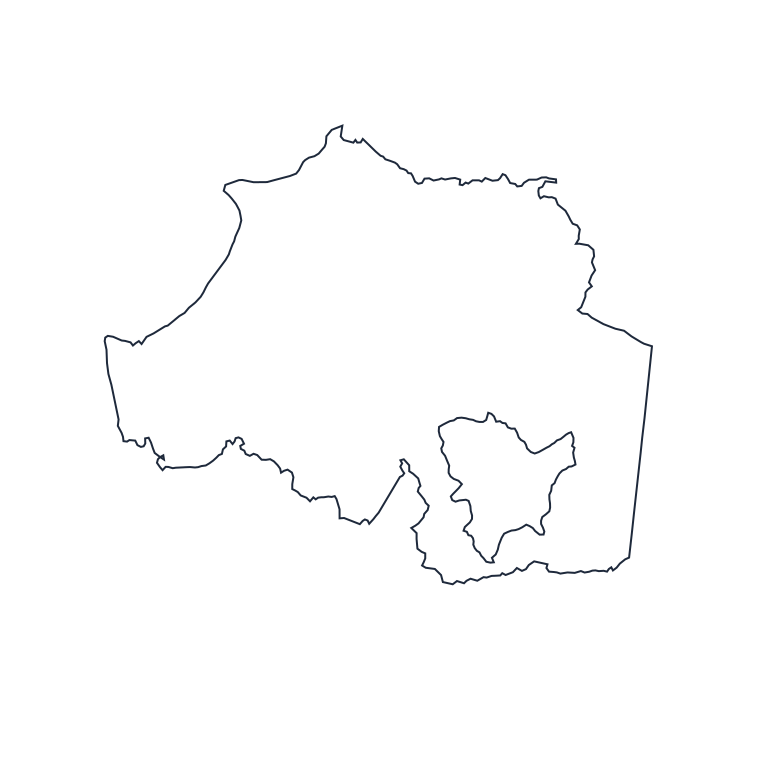 Pelotas, Rio Grande do Sul, Brazil, rotated 159°
{"feature_id": "56859067B94583558960101", "entity_name": "Pelotas", "entity_type": "district", "adm_level": 2, "iso_a3": "BRA", "parent_name": "Brazil", "parent_adm1": "Rio Grande do Sul", "projection": "natural_earth1", "projection_center": [-52.336, -31.561], "detail": "fine", "context": "isolated", "style": "outline", "palette": "slate", "viewbox_px": 768, "rotation_deg": 159, "n_neighbors": 0, "source": "geoboundaries", "source_scale": "gbopen_adm2", "svg_char_len": 6108}
<svg xmlns="http://www.w3.org/2000/svg" viewBox="0 0 768 768"><g transform="rotate(159 384 384)"><path d="M120.3,323.2L126.8,328.4L129.0,330.9L133.9,337.2L135.9,339.8L140.8,347.7L148.2,352.7L157.7,361.3L166.3,371.5L168.9,376.4L173.6,378.7L176.6,383.6L172.4,385.0L164.7,393.3L163.1,397.3L160.0,399.2L155.0,400.7L156.2,405.4L151.3,410.9L146.1,414.6L146.3,423.0L144.6,425.6L142.1,427.9L140.4,434.2L143.6,440.3L151.4,445.0L154.6,446.1L150.2,449.5L149.1,452.6L145.8,458.1L146.8,462.9L150.4,466.0L151.2,470.5L151.5,474.3L152.5,480.7L157.4,489.2L157.4,495.6L160.4,498.3L163.3,499.2L167.4,502.0L171.4,501.3L171.9,504.5L170.8,508.8L169.2,511.3L165.5,511.3L160.7,515.4L151.1,510.3L150.1,513.4L156.3,516.8L158.5,518.8L162.9,520.3L168.0,520.0L175.5,522.8L181.2,521.7L184.5,519.6L188.8,520.7L189.8,523.7L194.2,526.4L194.8,530.9L195.8,535.4L198.0,537.4L202.0,534.5L204.6,533.5L209.9,534.9L215.6,540.0L220.2,537.9L222.3,540.1L228.4,542.4L233.5,540.9L235.6,542.8L239.4,541.5L241.9,543.1L239.6,547.5L243.9,550.9L247.9,552.0L253.7,553.0L256.7,555.4L259.3,555.3L264.8,556.2L268.1,559.8L272.6,561.2L276.5,558.1L280.3,558.7L282.5,561.8L282.7,568.0L283.3,571.0L285.8,572.2L286.5,575.2L288.6,577.5L291.7,579.7L292.9,584.4L294.5,586.8L298.5,590.3L302.2,593.3L303.3,596.6L305.4,598.3L308.4,603.9L316.0,620.4L319.2,617.9L322.5,619.0L323.2,622.1L326.1,620.3L334.2,626.2L335.7,630.6L330.3,640.1L341.7,640.0L349.0,635.9L352.0,629.5L354.4,626.8L358.0,624.9L362.4,622.5L367.3,621.6L372.9,622.2L377.4,621.3L380.0,620.1L386.7,614.2L390.6,611.9L393.5,611.9L397.3,611.9L411.1,613.4L414.8,613.8L420.8,614.4L433.4,619.1L443.0,625.2L446.3,626.3L460.8,626.7L464.4,621.8L461.3,616.0L459.7,611.7L457.7,605.2L457.3,602.2L456.8,597.7L457.7,592.3L458.6,587.9L463.2,581.5L468.1,576.7L470.0,574.8L472.8,570.9L475.4,568.6L480.4,563.1L482.4,560.6L487.4,556.6L512.2,540.9L515.6,538.1L519.7,534.3L523.9,531.1L530.9,527.7L538.8,525.1L544.7,521.8L550.7,520.8L565.0,516.0L567.8,516.3L581.0,513.8L588.8,513.1L596.0,508.2L597.5,511.9L601.2,511.1L604.6,509.9L605.7,513.7L610.4,517.1L613.3,518.6L620.0,525.2L624.6,527.9L627.6,527.2L629.4,524.1L630.8,515.4L635.1,502.8L637.7,492.1L638.8,480.9L644.5,446.0L647.5,440.3L646.5,432.5L646.6,428.2L647.7,424.0L644.5,422.3L641.8,422.9L636.5,420.3L636.1,415.3L633.5,412.4L630.7,412.0L628.2,414.0L626.5,418.8L623.0,418.2L622.5,412.8L622.8,406.6L622.8,401.8L619.2,396.0L622.0,394.8L624.2,391.8L622.9,386.6L621.6,382.9L617.6,384.9L615.1,383.9L611.4,381.1L608.5,380.5L598.4,377.2L594.9,376.0L590.4,373.8L587.4,373.0L583.8,372.8L579.6,371.8L575.5,372.5L571.0,373.7L566.9,375.3L563.7,376.8L560.4,376.8L557.8,380.7L553.8,382.3L551.7,386.9L548.3,386.5L546.9,382.2L544.1,383.9L541.9,386.6L539.0,386.3L536.6,383.8L536.1,378.4L540.4,377.7L540.9,374.7L538.3,371.8L538.2,368.2L535.0,365.0L530.8,365.6L527.8,363.1L525.4,357.2L521.4,355.5L517.2,354.6L514.5,351.2L512.4,346.3L511.3,342.3L511.9,338.1L508.4,338.8L504.7,338.6L501.7,334.3L502.0,329.4L505.5,323.4L507.3,318.8L505.1,316.4L503.2,314.0L501.7,309.8L497.1,305.6L495.1,301.0L490.6,303.5L489.1,300.8L486.2,301.5L483.4,300.8L480.6,299.8L476.3,298.9L473.3,297.3L470.2,297.0L469.6,293.6L470.4,283.0L473.6,274.5L469.3,273.2L456.8,261.8L453.0,263.8L450.4,264.4L448.2,262.4L447.9,258.8L442.2,261.7L439.1,263.6L435.1,265.8L402.5,291.5L399.5,291.8L397.1,293.4L397.9,296.8L398.4,301.0L395.5,303.4L396.0,306.9L392.5,306.6L389.6,299.1L391.7,293.5L389.0,289.8L385.9,283.6L386.3,278.9L386.5,275.8L388.9,274.5L391.0,271.5L389.1,265.8L387.8,261.6L387.7,258.1L385.9,254.3L388.4,250.7L393.0,248.3L394.8,245.4L401.7,241.5L405.5,240.5L410.1,239.8L407.0,233.1L409.1,227.7L410.4,223.2L411.8,218.3L409.0,213.8L406.2,211.1L408.0,206.4L410.7,203.5L413.5,200.9L410.9,197.5L402.8,193.1L399.2,185.2L400.0,178.0L391.6,172.4L386.5,173.9L380.7,169.3L377.5,170.7L373.0,171.2L370.4,169.2L367.4,166.9L360.3,168.0L357.5,166.5L352.4,166.3L347.9,164.8L344.1,163.6L341.4,165.0L338.9,162.1L331.1,162.1L325.9,164.6L322.2,160.1L317.8,160.3L313.7,163.1L307.4,164.6L296.0,157.1L298.3,154.0L297.2,149.7L292.8,147.6L290.2,146.2L287.3,143.8L280.2,142.3L273.6,139.3L267.2,138.8L264.3,136.1L259.7,135.2L256.3,135.1L253.4,134.2L250.5,132.3L245.9,130.9L243.0,128.9L240.4,130.7L237.5,131.4L237.1,127.9L232.6,129.2L228.2,131.8L221.6,133.9L217.4,134.1L206.5,155.1L196.2,175.2L181.8,203.1L169.1,227.7L162.1,241.5L152.9,259.0L120.3,323.2ZM297.0,319.8L294.4,317.6L292.9,314.3L292.8,308.6L289.0,307.7L287.4,305.2L284.6,303.7L283.9,299.1L281.2,296.7L277.9,295.5L277.2,290.9L277.4,285.8L276.2,282.7L273.7,279.7L273.2,276.5L273.5,272.6L271.3,267.9L268.2,265.1L263.9,265.0L259.6,265.6L255.0,266.3L251.8,266.6L248.8,267.6L246.2,267.9L242.7,269.4L238.9,269.3L235.1,270.5L232.2,271.5L229.2,272.0L226.6,271.9L226.4,265.8L228.1,261.7L230.6,258.8L229.0,256.2L232.0,252.2L233.1,247.3L233.4,243.7L234.1,240.2L238.4,239.8L241.2,240.6L244.5,239.4L248.5,239.3L252.3,237.6L254.9,235.6L257.7,233.2L260.3,230.3L263.7,229.2L266.2,224.4L269.4,221.3L270.9,217.0L271.8,213.0L273.2,209.1L275.3,205.9L279.6,204.3L283.9,203.1L286.4,200.0L287.5,197.0L287.1,193.0L287.2,188.8L289.0,186.3L292.7,187.6L295.6,192.6L296.7,196.2L299.0,199.2L301.6,201.7L306.3,200.7L310.3,200.3L313.7,200.5L317.5,201.5L321.3,201.5L325.5,201.2L329.2,198.3L331.8,195.5L334.3,192.8L337.1,188.6L340.8,184.8L345.5,183.1L345.4,178.2L348.7,179.1L352.2,181.4L353.5,185.8L354.8,188.8L355.2,192.6L357.1,195.0L358.1,198.3L358.2,202.0L356.7,204.9L356.2,208.1L357.0,211.1L359.4,212.6L359.6,216.3L362.3,218.5L359.8,221.5L357.1,222.6L353.5,224.0L350.2,226.5L348.9,229.7L348.5,234.4L347.1,239.1L346.9,244.5L349.0,246.6L351.7,247.3L355.4,248.3L359.4,248.5L361.9,251.2L361.9,255.1L358.8,256.7L355.7,258.1L351.6,260.0L347.2,262.6L349.1,267.0L352.9,270.4L355.0,273.9L355.5,277.9L354.2,281.1L352.4,284.4L352.6,289.6L352.7,295.1L354.2,299.8L353.6,303.4L351.1,305.5L349.2,308.6L349.9,311.7L350.5,315.3L349.8,320.3L348.0,324.2L343.8,324.9L339.3,325.4L335.7,325.7L331.9,325.0L328.0,326.0L323.7,324.8L319.9,322.7L317.0,320.5L313.7,318.6L311.4,316.2L308.7,314.5L305.2,313.1L301.5,313.8L298.9,317.2L297.0,319.8ZM619.2,396.0L615.6,396.5L616.5,392.3L619.2,396.0Z" fill="none" stroke="#1e293b" stroke-width="2"/></g></svg>